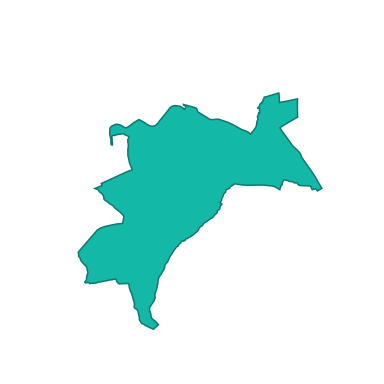 Apetatitlán de Antonio Carvajal, Tlaxcala, Mexico, rotated 239°
{"feature_id": "50627088B98647454285357", "entity_name": "Apetatitlán de Antonio Carvajal", "entity_type": "district", "adm_level": 2, "iso_a3": "MEX", "parent_name": "Mexico", "parent_adm1": "Tlaxcala", "projection": "natural_earth1", "projection_center": [-98.195, 19.35], "detail": "fine", "context": "isolated", "style": "filled", "palette": "teal", "viewbox_px": 384, "rotation_deg": 239, "n_neighbors": 0, "source": "geoboundaries", "source_scale": "gbopen_adm2", "svg_char_len": 6033}
<svg xmlns="http://www.w3.org/2000/svg" viewBox="0 0 384 384"><g transform="rotate(239 192 192)"><path d="M246.0,118.6L243.9,118.4L244.8,111.5L245.2,110.8L245.2,110.4L244.6,110.8L243.5,111.8L242.9,112.2L242.5,112.4L241.3,112.8L240.0,112.6L238.0,113.6L237.7,113.7L236.4,114.1L236.0,114.0L233.7,114.0L231.2,112.8L230.0,113.1L226.4,114.8L224.4,115.2L222.8,116.4L220.6,117.3L217.1,117.8L215.9,118.6L214.1,119.1L211.6,120.0L208.4,120.9L206.1,120.9L201.2,116.7L201.0,116.4L201.0,116.0L201.9,113.6L202.2,113.3L203.3,111.2L205.3,105.5L207.3,99.5L208.2,95.3L208.2,91.4L199.0,63.4L197.9,63.1L196.4,62.5L195.3,61.7L193.1,62.0L191.9,61.8L190.6,61.5L189.4,61.5L185.7,62.2L183.6,62.8L182.3,63.0L180.8,62.8L179.0,62.0L176.7,61.3L175.9,60.7L174.1,58.5L172.5,57.2L171.5,56.6L171.1,56.1L170.7,55.5L170.1,53.8L169.5,53.6L168.9,54.0L168.5,54.7L168.4,55.2L168.1,55.7L167.9,56.4L167.0,57.0L166.1,57.2L166.0,58.0L165.4,59.1L164.8,60.1L164.4,60.8L164.2,61.0L164.0,61.6L163.6,62.3L163.2,63.9L163.3,64.6L162.5,66.2L162.1,67.1L161.6,68.8L160.8,70.7L160.6,71.7L160.0,72.9L159.6,74.0L158.9,76.5L158.6,76.9L158.0,78.3L156.9,81.4L156.4,82.0L155.9,82.0L155.0,81.5L154.3,81.4L153.3,81.4L152.2,81.6L151.1,82.0L150.6,82.4L150.2,83.3L149.0,85.5L147.5,88.4L146.7,89.6L146.3,89.9L145.4,90.2L144.8,90.3L143.7,89.6L142.2,89.0L141.1,88.7L140.0,88.6L139.0,88.1L137.8,88.2L135.6,87.8L132.1,86.9L129.3,86.1L128.7,86.1L127.3,85.5L126.3,85.3L125.1,84.8L124.7,84.3L124.1,83.8L123.2,83.2L122.4,83.1L121.7,83.1L120.4,84.0L119.2,84.3L117.8,84.2L116.5,83.9L112.9,82.6L111.9,82.3L111.1,82.0L109.7,81.1L109.1,81.0L105.2,81.2L104.1,82.2L103.4,82.5L102.7,82.9L101.4,83.3L100.2,84.3L98.7,85.2L94.2,88.2L94.3,89.2L94.6,90.2L95.5,94.9L96.9,94.5L98.0,94.4L99.5,94.2L101.1,93.7L102.4,93.0L104.5,92.5L106.0,92.6L108.9,94.0L111.7,94.5L112.9,95.0L113.7,95.5L115.1,96.6L115.8,98.1L116.8,100.4L117.3,101.5L117.7,102.4L118.4,103.6L119.6,105.1L120.5,106.2L121.4,106.4L122.3,106.8L123.2,107.4L126.0,110.4L126.9,111.6L128.7,113.4L130.0,114.1L130.5,115.0L131.7,116.0L132.8,116.7L134.3,118.0L135.7,119.4L137.6,123.6L138.9,125.8L140.2,128.2L141.6,129.9L142.4,130.3L143.1,131.0L143.8,132.2L144.1,133.4L144.8,135.3L145.7,136.6L147.0,138.2L147.7,139.4L151.2,146.5L152.8,150.3L152.9,152.7L153.8,153.2L154.2,156.2L155.0,157.3L155.0,158.3L154.4,159.2L154.1,161.4L154.6,161.8L155.1,162.5L154.6,163.7L154.6,166.1L154.4,167.7L154.6,170.4L155.1,173.5L155.8,177.5L156.3,178.4L157.1,179.0L157.9,181.3L157.9,183.9L158.8,185.2L159.3,187.3L159.1,187.9L159.0,188.7L159.4,191.6L159.5,194.4L159.4,196.1L159.8,197.6L160.4,198.8L160.8,200.4L161.0,202.4L162.9,204.4L163.1,204.8L163.0,206.0L163.1,206.8L163.3,207.2L165.2,208.8L165.7,209.6L165.7,210.5L165.9,211.1L166.4,211.4L166.8,211.3L168.2,210.4L168.9,211.8L169.7,213.0L170.8,214.0L171.6,215.0L172.3,216.4L173.0,217.1L173.8,217.9L174.3,219.3L174.6,220.7L176.1,222.2L176.3,222.6L176.3,223.2L175.9,225.5L175.9,226.1L176.2,226.8L176.8,227.6L176.8,229.7L176.8,231.2L176.9,232.4L176.8,233.1L176.2,233.9L175.2,234.8L174.5,235.9L171.6,239.4L170.4,241.3L169.0,243.2L168.7,243.5L168.2,244.9L167.0,246.9L163.4,252.9L163.1,253.6L162.8,254.1L162.3,255.0L161.1,256.8L157.1,262.2L155.3,264.4L153.6,265.9L148.7,268.4L150.5,270.3L151.2,270.9L151.5,271.3L151.7,272.8L153.3,274.3L155.2,276.8L154.6,277.7L152.8,279.6L151.0,280.8L148.3,284.4L147.7,284.1L146.6,284.9L146.2,286.3L145.1,286.9L144.5,286.7L144.2,286.6L143.6,286.8L142.4,287.5L141.7,288.2L139.1,292.2L136.2,296.4L135.6,296.5L132.0,296.3L131.1,299.7L128.3,300.1L128.2,305.2L137.0,305.2L143.2,305.4L150.4,305.0L164.6,303.9L166.6,304.1L168.4,304.7L170.1,304.6L174.1,303.7L177.0,302.9L179.4,302.1L184.9,301.7L198.4,300.5L201.7,300.4L201.9,302.6L202.0,305.3L201.8,321.1L211.0,326.4L217.5,330.4L220.5,321.6L223.7,313.1L225.6,314.1L229.0,316.0L231.7,317.3L232.2,317.4L235.8,303.5L236.1,302.7L234.9,301.6L234.7,300.7L234.3,300.4L234.0,300.1L233.2,299.6L233.0,299.3L233.2,298.9L233.2,298.7L233.1,298.4L232.6,297.7L232.3,297.6L232.3,297.2L232.6,296.6L232.4,295.8L232.3,295.5L232.0,295.1L231.1,294.4L230.9,294.1L230.6,293.3L230.5,292.4L230.3,291.7L230.2,291.6L229.9,291.6L229.3,292.7L228.7,292.8L228.4,292.8L227.2,291.7L226.0,291.3L225.5,291.3L225.3,291.2L225.0,290.8L225.0,290.5L225.2,290.3L225.5,290.2L225.6,289.9L224.9,289.3L224.6,289.4L224.3,289.3L224.1,288.9L224.0,288.4L223.6,287.7L222.8,286.8L222.0,286.5L221.4,286.5L221.1,286.3L220.6,286.1L220.0,285.4L219.3,284.4L218.3,283.4L217.0,282.5L215.1,280.7L214.5,279.8L213.6,277.8L213.3,277.0L212.6,275.3L212.2,273.8L211.8,273.0L211.7,272.7L211.5,272.3L211.2,272.0L211.5,271.8L212.9,271.5L214.0,271.1L215.1,270.6L216.6,269.5L220.3,266.5L221.4,265.9L228.4,261.9L232.4,259.3L238.0,254.6L241.0,252.0L242.5,248.9L243.5,246.8L243.9,246.1L244.4,245.5L245.2,244.7L246.5,244.0L250.1,242.2L253.2,240.6L257.5,238.4L257.9,238.4L258.5,238.4L260.5,238.8L261.3,238.9L262.0,238.6L265.0,236.0L269.7,231.4L271.5,229.8L270.8,229.5L270.4,229.7L269.6,230.4L269.0,230.7L268.6,230.5L267.9,230.1L267.3,229.5L266.9,228.6L266.8,227.8L268.6,227.6L271.7,225.8L274.8,222.0L275.5,220.0L275.8,218.0L275.4,216.3L273.5,211.4L270.4,203.0L269.7,200.8L268.7,198.9L268.0,195.9L267.9,194.2L268.2,193.2L268.7,192.2L269.4,191.1L270.4,189.9L272.5,188.7L274.7,187.6L276.7,186.7L277.2,186.3L280.4,184.5L281.3,183.9L281.5,182.8L281.4,176.9L281.1,174.9L280.8,171.8L280.8,169.5L280.9,168.5L281.3,167.9L282.3,167.2L285.2,165.8L287.5,164.1L289.1,162.0L289.6,160.0L289.7,158.4L289.8,156.9L289.5,155.6L288.9,154.5L287.7,153.6L283.7,151.1L278.6,149.5L275.9,147.8L274.0,147.1L273.8,147.5L273.3,148.0L275.4,149.3L276.1,149.4L276.5,149.6L277.9,150.5L280.6,151.8L281.1,152.1L281.3,152.2L281.3,152.5L281.3,152.8L280.2,155.0L279.9,157.0L279.6,157.9L278.2,160.9L277.5,162.9L277.4,163.2L276.3,163.5L275.8,163.8L274.8,164.5L273.3,165.7L272.7,166.1L271.6,166.3L270.7,165.0L269.6,163.6L268.4,163.0L265.6,161.9L264.7,161.3L263.4,160.5L262.6,160.0L262.1,159.3L261.8,159.1L258.7,157.3L257.5,156.5L256.0,155.7L253.8,155.1L249.5,153.5L248.3,153.2L243.8,152.6L241.9,152.2L243.0,145.6L246.0,118.6Z" fill="#14b8a6" stroke="#0f766e" stroke-width="1.5"/></g></svg>